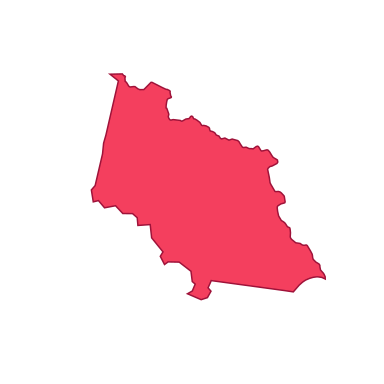 outline of Wayne, West Virginia, United States of America, rotated 149°
{"feature_id": "52423323B4598026966549", "entity_name": "Wayne", "entity_type": "district", "adm_level": 2, "iso_a3": "USA", "parent_name": "United States of America", "parent_adm1": "West Virginia", "projection": "natural_earth1", "projection_center": [-82.507, 38.132], "detail": "fine", "context": "isolated", "style": "filled", "palette": "rose", "viewbox_px": 384, "rotation_deg": 149, "n_neighbors": 0, "source": "geoboundaries", "source_scale": "gbopen_adm2", "svg_char_len": 2698}
<svg xmlns="http://www.w3.org/2000/svg" viewBox="0 0 384 384"><g transform="rotate(149 192 192)"><path d="M190.9,329.1L201.6,335.2L197.9,325.1L236.5,285.1L242.6,279.4L249.1,270.7L271.7,247.4L277.2,245.6L281.7,234.4L276.6,232.8L275.1,223.5L264.6,219.6L262.4,209.2L254.1,204.1L252.2,198.2L255.6,191.2L244.6,185.6L250.2,173.5L247.7,155.6L252.3,153.2L252.9,144.0L248.5,144.4L239.1,138.5L233.7,124.6L237.9,115.1L236.7,111.4L242.7,107.0L248.3,107.1L239.6,95.0L233.2,93.5L226.8,97.2L227.6,101.6L222.0,105.5L221.2,106.2L177.7,71.3L163.5,59.9L156.6,54.2L148.0,57.0L147.9,57.0L143.7,57.8L139.9,58.0L138.5,57.8L135.6,57.4L132.2,56.5L129.1,55.2L128.0,54.6L124.7,51.9L122.6,48.8L121.5,50.8L121.2,53.2L121.2,54.7L122.0,58.9L120.9,62.0L120.3,63.0L120.1,64.3L120.3,65.1L121.9,68.1L122.1,68.9L122.8,71.9L122.4,73.5L121.4,75.7L121.0,76.9L120.8,80.4L120.8,86.8L121.4,87.8L123.0,88.4L124.1,89.1L124.8,89.9L125.8,92.2L129.2,95.0L129.6,96.1L130.9,99.7L131.2,101.2L131.1,102.3L130.8,103.1L128.6,106.3L127.4,108.8L126.7,110.6L126.8,111.2L128.1,113.1L128.2,116.4L128.4,118.0L129.3,120.1L130.1,121.5L130.1,126.8L128.6,131.3L127.2,134.4L126.4,135.5L125.5,135.9L122.0,136.0L118.3,135.0L118.2,135.0L117.9,135.0L117.2,135.7L115.2,140.6L115.1,141.3L115.9,145.2L116.5,146.7L117.7,148.0L119.9,149.1L120.6,149.8L120.5,157.9L120.3,159.8L118.3,164.5L115.5,172.5L114.7,173.1L112.3,173.7L109.9,173.0L104.5,172.7L103.0,173.5L102.3,175.5L104.6,179.8L104.8,182.1L104.8,186.3L105.2,188.5L105.5,189.1L106.4,189.7L109.6,190.6L111.2,191.3L111.6,192.0L111.6,196.4L111.9,197.2L112.3,197.6L113.6,197.9L117.4,197.5L119.0,198.8L120.0,199.3L120.8,200.0L122.5,202.5L123.3,202.9L124.8,203.5L125.7,204.4L125.9,208.8L125.8,210.7L126.3,212.5L130.3,216.7L133.6,217.4L136.0,221.3L139.3,222.3L140.0,223.4L140.1,226.1L140.9,227.1L141.9,228.4L141.9,230.5L142.2,231.5L143.3,233.3L144.9,234.9L144.8,236.2L144.2,237.6L144.3,238.8L145.8,241.3L147.6,243.0L148.9,243.6L149.4,244.2L149.4,247.6L150.7,250.9L151.9,253.1L152.7,253.7L152.8,254.7L152.6,256.1L152.8,256.7L153.3,257.3L154.4,257.4L155.8,256.7L156.8,256.5L159.7,257.7L163.7,257.8L164.5,258.1L165.2,259.4L170.9,263.8L172.8,264.4L173.4,264.8L173.8,265.5L173.9,267.0L173.6,268.7L171.8,270.6L170.5,276.7L170.9,277.1L170.9,277.5L169.5,279.6L167.2,282.4L165.6,284.0L164.5,284.3L161.5,283.7L161.0,283.8L160.7,284.2L160.7,285.5L159.5,288.7L158.9,289.5L158.9,290.3L160.4,292.7L161.4,293.4L164.3,297.8L164.6,298.3L169.8,306.6L170.6,307.1L171.1,307.0L180.5,304.6L184.0,306.6L185.2,308.2L186.6,311.7L187.8,312.5L190.8,313.8L191.5,314.7L191.7,315.6L191.7,319.0L191.9,320.4L192.3,321.2L190.6,324.6L189.8,325.0L189.7,325.7L190.0,326.4L190.6,326.8L190.9,329.1Z" fill="#f43f5e" stroke="#9f1239" stroke-width="1.5"/></g></svg>